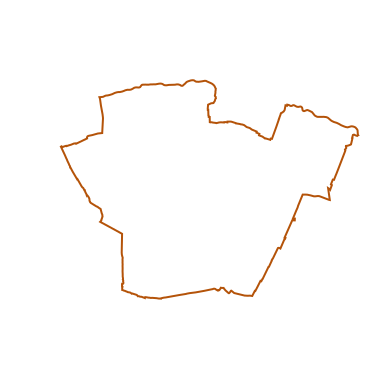 outline of Dantumadiel, Friesland, Netherlands, rotated 19°
{"feature_id": "6326949B33403867595269", "entity_name": "Dantumadiel", "entity_type": "district", "adm_level": 2, "iso_a3": "NLD", "parent_name": "Netherlands", "parent_adm1": "Friesland", "projection": "mercator", "projection_center": [5.992, 53.277], "detail": "fine", "context": "isolated", "style": "outline", "palette": "amber", "viewbox_px": 384, "rotation_deg": 19, "n_neighbors": 0, "source": "geoboundaries", "source_scale": "gbopen_adm2", "svg_char_len": 5764}
<svg xmlns="http://www.w3.org/2000/svg" viewBox="0 0 384 384"><g transform="rotate(19 192 192)"><path d="M282.8,270.7L283.6,265.0L284.1,265.0L284.8,260.3L285.7,253.7L286.6,253.8L286.9,251.4L287.1,251.3L288.7,237.9L289.1,237.7L289.8,230.9L289.6,230.7L289.9,229.0L290.1,228.8L291.5,217.0L291.9,216.7L292.4,216.5L293.0,216.5L294.0,216.7L294.8,206.2L295.2,206.2L295.3,205.0L294.4,205.0L296.0,186.1L296.8,185.8L297.3,185.8L298.4,185.4L297.9,183.7L296.8,184.1L296.1,184.1L296.6,175.8L296.9,172.3L296.9,172.0L296.8,170.7L297.5,158.4L299.8,157.6L301.9,157.0L305.2,156.6L308.6,156.4L309.9,156.0L312.4,154.8L313.6,154.5L314.9,154.5L324.1,154.8L324.9,154.7L319.4,144.0L320.9,144.4L321.4,144.4L321.9,144.8L322.0,139.9L320.9,139.6L321.1,134.4L321.5,134.3L322.3,134.2L322.5,129.2L322.6,128.0L322.9,120.4L323.0,117.6L323.5,103.4L323.4,103.1L323.4,102.6L323.0,102.4L322.8,102.1L323.2,101.2L323.5,100.2L323.2,99.5L322.7,98.9L322.6,98.3L323.9,97.7L325.5,96.5L326.5,95.6L326.7,94.8L326.8,94.8L326.2,88.8L325.8,88.8L325.6,85.7L326.5,85.0L328.0,85.2L329.0,85.2L329.9,85.2L330.0,84.9L330.7,84.2L330.3,83.9L329.9,83.2L328.5,79.9L328.2,79.5L327.7,79.0L325.6,77.8L324.5,77.6L323.2,77.6L321.9,77.8L321.1,78.1L318.7,79.8L318.1,80.2L316.2,80.5L314.5,80.5L311.3,80.3L308.9,79.8L307.2,79.6L306.4,79.5L303.3,79.6L300.9,79.3L299.9,79.0L296.7,77.7L295.9,77.5L294.4,77.5L291.9,78.1L286.8,79.9L286.0,80.1L285.5,80.1L283.9,79.9L283.0,79.6L279.5,77.4L276.5,77.0L274.9,76.9L274.2,77.0L273.9,77.2L271.9,78.9L271.3,79.1L270.5,79.0L270.1,78.8L269.8,78.4L268.9,76.8L268.5,76.3L267.8,76.0L267.1,75.8L266.6,75.9L264.9,76.9L263.6,77.2L262.9,77.2L260.6,76.8L259.9,76.8L259.2,77.1L258.4,78.0L257.5,78.5L255.9,78.4L255.2,78.2L254.8,78.3L253.6,78.4L253.7,79.6L252.2,79.6L252.6,82.4L252.7,82.8L252.7,83.1L252.9,84.2L252.5,86.0L252.1,86.4L251.8,87.1L251.5,87.3L251.0,88.1L250.5,88.4L250.4,89.2L250.5,89.6L250.4,94.7L250.5,94.7L250.5,97.2L250.5,103.0L250.3,115.7L249.0,115.9L249.0,117.2L245.6,117.3L243.2,117.4L243.2,117.5L240.6,116.7L236.9,116.6L236.8,115.1L233.6,114.9L233.5,113.8L228.3,113.5L226.1,112.8L225.6,112.7L222.5,112.8L220.8,112.2L219.5,111.8L217.7,111.8L215.7,112.2L215.3,112.1L212.9,112.5L211.2,112.8L211.1,112.6L206.6,112.7L205.7,112.8L202.6,113.9L202.8,114.7L200.9,115.0L199.8,115.4L199.8,115.6L199.7,115.6L199.7,115.8L198.8,116.1L197.2,116.5L195.9,117.0L195.0,117.4L193.8,118.2L192.5,119.0L192.4,119.0L192.2,118.9L188.9,119.6L188.1,119.6L186.5,120.2L186.1,120.2L184.3,115.3L183.4,115.6L182.9,114.3L182.6,114.3L180.6,109.0L180.2,109.2L179.7,108.0L178.8,104.2L181.1,102.0L181.6,101.7L183.2,101.0L183.3,100.9L183.2,100.6L183.6,99.7L183.9,98.7L183.8,96.8L183.8,96.4L184.1,95.6L183.7,95.0L183.4,94.3L183.2,94.2L182.7,94.0L182.3,93.6L181.9,90.7L181.3,88.9L181.3,88.3L180.9,87.0L180.9,86.6L180.6,86.4L179.0,84.7L178.0,84.0L176.1,83.2L174.2,82.9L170.4,82.6L169.1,82.4L167.9,82.7L165.6,84.0L162.5,85.6L160.5,86.2L159.5,86.3L157.4,85.8L156.2,86.1L155.5,86.4L154.4,87.0L152.3,88.6L151.3,89.5L150.9,90.1L150.2,91.7L149.5,92.9L149.4,93.0L148.9,94.0L148.5,94.6L147.9,94.9L147.0,95.0L145.9,94.7L144.9,94.7L143.7,94.8L142.6,95.2L141.0,96.1L135.2,98.3L133.2,99.4L131.5,99.9L130.5,99.9L129.0,99.5L128.2,99.5L127.0,99.7L125.6,100.3L122.6,102.0L117.7,103.8L115.7,104.8L112.8,105.7L110.2,106.7L109.9,106.9L109.4,107.7L108.8,109.7L108.1,110.3L107.5,110.6L105.3,111.2L104.4,111.6L103.4,112.3L102.3,113.7L101.1,114.9L100.1,115.5L98.9,116.0L97.8,116.3L97.3,116.6L95.9,117.5L94.7,118.6L93.2,119.8L91.2,121.0L89.6,121.6L88.5,122.2L86.7,123.5L84.8,125.4L82.5,127.1L80.9,128.1L79.3,128.8L78.4,129.5L77.1,130.8L76.7,131.1L73.6,132.5L74.1,133.1L74.6,133.7L77.8,140.0L82.1,147.6L83.5,150.5L83.9,151.5L87.9,165.5L84.0,167.3L79.1,170.7L76.2,172.4L75.2,173.2L75.1,173.4L74.9,174.5L75.4,175.5L66.7,184.1L66.3,183.8L64.6,184.6L62.2,186.7L60.6,187.8L58.4,189.5L58.0,189.3L56.3,190.5L54.6,192.0L53.8,191.3L53.3,191.8L60.0,198.7L61.9,200.8L63.1,202.0L64.2,203.3L66.5,205.6L67.0,206.3L68.1,207.2L68.3,207.5L68.8,208.5L69.1,208.4L72.5,211.6L79.3,217.4L79.5,217.1L85.8,222.6L86.8,223.3L87.6,223.5L87.9,223.7L88.2,223.9L89.7,225.4L90.0,225.2L91.4,227.1L92.5,228.0L93.1,228.8L93.1,228.7L95.4,230.1L96.1,230.7L96.8,231.4L97.3,232.0L97.7,233.1L98.1,233.8L98.5,234.2L98.7,234.3L99.0,234.8L99.4,235.0L100.0,235.3L106.6,236.8L107.2,236.7L107.7,236.8L108.6,237.2L111.1,237.8L113.5,241.4L114.7,242.8L115.1,244.0L115.3,244.1L115.4,244.5L115.4,246.7L115.3,247.5L115.5,247.8L115.5,248.2L115.4,248.7L115.2,249.5L114.9,250.1L115.9,250.3L124.4,251.7L139.5,254.3L145.3,272.3L146.1,274.1L147.1,275.7L147.6,276.3L147.9,276.8L148.2,278.3L148.8,279.8L149.3,281.4L150.0,283.1L150.4,284.5L151.2,286.6L152.2,289.7L153.2,292.2L154.0,294.5L154.8,296.0L155.3,297.3L155.2,297.4L155.9,298.3L156.0,299.1L156.4,299.6L156.7,300.2L156.8,300.8L156.6,301.3L156.3,301.6L155.8,301.6L155.8,301.8L156.7,304.3L157.2,304.4L157.2,304.9L157.2,305.4L157.9,307.2L157.9,307.3L158.8,307.3L159.5,307.4L160.9,307.3L161.4,307.4L162.8,307.4L163.7,307.6L166.2,307.2L167.1,307.4L168.2,307.8L168.6,307.4L173.2,307.3L174.1,307.7L174.7,308.2L175.8,307.8L176.9,307.9L178.4,307.5L181.9,307.6L181.7,306.9L182.4,306.5L185.4,306.0L186.1,305.8L187.4,305.6L189.3,304.9L193.2,303.9L195.1,303.6L196.8,303.1L196.7,303.0L197.4,302.6L198.4,301.9L199.7,301.1L201.6,300.2L213.8,293.4L219.4,290.4L220.4,289.7L222.7,288.4L228.2,285.7L235.7,281.5L242.1,277.7L243.0,277.2L244.0,276.4L244.9,276.1L245.6,276.1L246.8,276.5L248.4,276.8L248.6,276.8L248.7,276.1L249.7,276.0L249.8,275.9L250.4,273.7L250.4,273.4L250.5,273.4L250.6,273.1L251.4,273.0L253.1,272.4L253.4,272.8L254.2,273.2L255.6,274.1L259.5,275.7L259.8,275.7L260.0,275.6L260.3,275.0L260.7,273.9L260.9,272.9L261.1,272.6L261.3,272.5L264.8,273.8L275.5,272.8L275.8,272.7L278.0,272.1L280.7,271.1L282.8,270.7Z" fill="none" stroke="#b45309" stroke-width="2"/></g></svg>